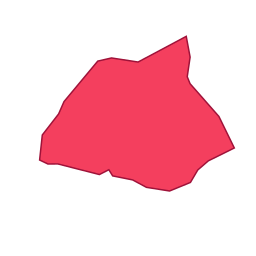 outline of Budapest, rotated 161°
{"feature_id": "HUN-3160", "entity_name": "Budapest", "entity_type": "Capital City", "adm_level": 1, "iso_a3": "HUN", "parent_name": "Hungary", "parent_adm1": "", "projection": "robinson", "projection_center": [19.116, 47.483], "detail": "fine", "context": "isolated", "style": "filled", "palette": "rose", "viewbox_px": 256, "rotation_deg": 161, "n_neighbors": 0, "source": "natural_earth", "source_scale": "10m", "svg_char_len": 450}
<svg xmlns="http://www.w3.org/2000/svg" viewBox="0 0 256 256"><g transform="rotate(161 128 128)"><path d="M109.2,54.9L129.9,65.9L140.5,77.4L158.1,87.7L159.7,94.8L170.2,93.3L206.1,116.9L215.4,120.0L222.0,126.5L211.3,149.3L189.0,163.9L179.9,173.8L134.8,201.1L120.8,199.6L97.0,187.1L43.1,195.7L46.2,174.8L55.3,157.2L54.9,149.7L38.3,109.3L34.0,74.5L62.7,70.8L75.7,65.6L86.7,56.2L109.2,54.9Z" fill="#f43f5e" stroke="#9f1239" stroke-width="1.5"/></g></svg>